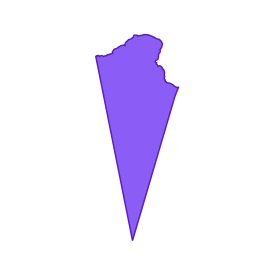 Elechui, Palau (Natural Earth projection), rotated 124°
{"feature_id": "81905179B66234991007705", "entity_name": "Elechui", "entity_type": "district", "adm_level": 2, "iso_a3": "PLW", "parent_name": "Palau", "parent_adm1": "", "projection": "natural_earth1", "projection_center": [134.481, 7.438], "detail": "fine", "context": "isolated", "style": "filled", "palette": "violet", "viewbox_px": 256, "rotation_deg": 124, "n_neighbors": 0, "source": "geoboundaries", "source_scale": "gbopen_adm2", "svg_char_len": 1205}
<svg xmlns="http://www.w3.org/2000/svg" viewBox="0 0 256 256"><g transform="rotate(124 128 128)"><path d="M66.1,108.9L67.2,110.4L67.4,113.6L67.0,115.0L67.6,118.8L68.4,120.2L68.7,121.6L68.4,122.1L68.6,123.2L67.5,124.0L67.2,125.0L66.6,125.4L66.0,126.2L64.8,126.3L64.2,126.9L63.6,127.7L62.9,128.2L62.0,128.3L60.1,130.4L59.7,131.7L60.0,131.9L59.8,132.5L59.2,132.6L58.4,134.9L58.7,136.5L60.1,137.7L59.7,138.2L58.9,140.4L58.1,140.5L58.1,142.4L56.8,142.9L56.1,142.5L54.4,141.7L52.4,142.3L49.4,144.0L47.2,143.8L46.3,144.2L45.2,145.2L42.6,145.2L40.0,146.1L39.0,146.4L38.2,147.8L37.4,149.4L37.1,151.8L38.0,154.0L38.2,157.2L38.9,161.1L39.4,163.2L40.5,165.1L41.5,166.8L43.6,168.5L45.1,170.3L46.2,171.2L45.9,172.1L46.6,173.2L47.5,174.8L48.6,174.8L49.7,174.5L52.9,175.5L54.2,176.8L57.2,177.5L58.5,177.7L60.4,177.3L61.3,176.6L61.5,177.7L63.1,179.4L64.4,180.1L66.1,181.1L67.8,181.6L68.8,182.1L69.5,182.6L70.4,183.5L73.5,183.5L74.5,182.5L75.9,183.4L77.4,184.7L78.3,185.3L78.7,186.1L80.2,186.3L81.6,187.9L82.3,188.3L82.7,190.4L83.6,191.1L84.6,191.4L84.3,192.1L84.5,193.2L84.9,193.6L85.5,194.2L85.9,193.8L86.7,194.7L218.1,62.0L218.9,61.3L75.6,106.8L66.1,108.9Z" fill="#8b5cf6" stroke="#5b21b6" stroke-width="1.5"/></g></svg>